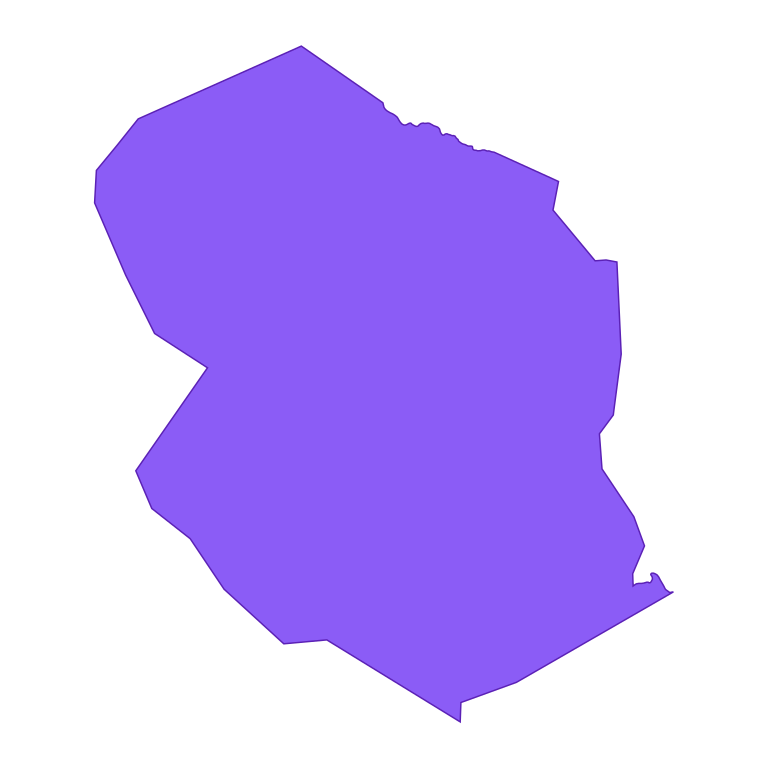 Jargalan, Govi-Altay, Mongolia
{"feature_id": "93677404B58079754200585", "entity_name": "Jargalan", "entity_type": "district", "adm_level": 2, "iso_a3": "MNG", "parent_name": "Mongolia", "parent_adm1": "Govi-Altay", "projection": "albers", "projection_center": [96.049, 47.069], "detail": "fine", "context": "isolated", "style": "filled", "palette": "violet", "viewbox_px": 768, "rotation_deg": 0, "n_neighbors": 0, "source": "geoboundaries", "source_scale": "gbopen_adm2", "svg_char_len": 3102}
<svg xmlns="http://www.w3.org/2000/svg" viewBox="0 0 768 768"><path d="M301.3,46.1L138.2,118.9L117.1,145.3L96.4,170.4L94.6,202.9L125.6,275.0L154.6,333.5L207.5,367.8L135.8,470.8L151.8,508.5L190.2,538.7L224.2,589.4L224.3,589.4L283.8,643.8L326.8,639.9L460.2,721.9L460.9,702.5L516.5,682.3L673.4,591.9L672.6,592.0L672.0,592.1L671.3,592.2L670.3,592.5L669.4,592.3L668.6,591.7L668.1,591.3L667.2,590.7L666.0,589.8L665.6,589.4L665.2,588.9L664.9,588.4L664.1,586.7L663.3,585.2L662.3,583.5L660.3,580.1L658.7,577.0L657.4,575.3L656.8,574.7L655.7,574.1L654.7,573.6L653.9,573.3L653.0,573.1L652.3,573.2L651.9,573.2L651.5,573.3L651.2,573.6L651.0,573.8L650.8,574.4L650.8,574.6L651.1,575.2L651.3,575.6L651.7,576.0L652.2,577.0L652.3,577.6L652.4,578.4L652.4,579.4L652.0,580.0L651.6,580.8L651.3,581.4L651.1,581.8L650.1,582.7L649.5,582.8L648.8,582.7L648.1,582.2L647.3,582.2L646.8,582.2L645.8,582.5L643.7,583.1L641.6,583.4L640.2,583.4L638.7,583.4L637.8,583.6L636.8,583.7L635.8,584.1L633.1,586.0L633.1,584.2L633.1,583.7L633.0,583.3L632.7,573.7L644.5,545.9L633.9,516.8L602.0,468.9L599.4,433.8L613.3,415.0L614.1,408.5L621.2,354.1L616.9,262.0L606.1,260.0L595.1,260.8L553.0,210.1L558.5,181.5L555.7,180.2L494.1,152.2L492.8,152.0L491.6,151.8L490.4,151.4L489.8,151.1L488.8,150.9L487.8,151.0L486.8,150.9L485.7,150.5L485.0,150.2L484.3,150.0L483.6,150.0L482.9,150.0L482.2,150.1L481.3,150.4L480.2,150.7L479.3,150.7L478.5,150.8L477.5,150.8L476.5,150.4L475.8,150.2L475.0,150.3L474.1,150.0L473.5,149.8L473.3,149.6L472.9,149.2L472.6,148.0L472.5,147.0L472.2,146.4L471.6,146.2L470.9,146.1L470.2,146.1L469.5,146.1L468.7,146.1L467.8,145.9L466.7,145.4L466.1,145.0L465.2,144.6L464.5,144.4L463.6,144.2L462.7,143.9L462.0,143.6L461.5,143.3L460.8,142.8L460.1,142.3L459.1,141.6L458.6,141.0L458.5,140.9L458.4,140.6L458.2,140.0L457.9,139.4L457.4,139.1L456.8,138.5L456.2,138.0L456.1,137.9L456.0,137.6L455.7,137.2L455.1,136.2L454.4,135.9L453.6,135.6L452.6,135.7L451.7,135.5L450.7,135.1L450.0,134.8L449.9,134.7L449.1,134.6L448.1,134.3L447.4,133.9L446.8,133.8L446.3,133.8L445.8,133.9L445.1,134.1L444.1,134.9L443.7,135.0L442.7,135.1L442.0,134.6L441.2,133.6L440.6,132.6L440.2,131.5L440.0,130.7L439.5,129.0L438.6,128.0L438.0,127.4L437.1,126.9L436.3,126.6L435.4,126.3L434.6,126.0L433.7,125.7L433.0,125.3L431.9,124.6L431.0,124.2L430.0,123.6L429.9,123.5L429.5,123.4L428.9,123.2L428.6,123.2L427.9,123.1L427.2,123.2L426.4,123.3L424.9,123.4L424.0,123.3L423.4,123.1L423.0,123.1L422.5,123.2L422.0,123.3L421.1,123.5L420.1,124.1L419.4,124.7L418.9,125.1L418.1,126.0L417.6,126.3L416.6,126.4L415.8,126.3L414.7,125.8L414.1,125.5L413.6,125.3L413.2,125.0L412.8,124.8L412.4,124.6L412.0,124.4L411.7,124.0L411.2,123.4L410.4,123.1L409.9,123.1L409.1,123.4L408.4,123.6L407.6,124.2L406.7,124.6L406.1,124.8L405.6,125.0L404.8,125.0L404.0,125.0L402.8,124.5L401.8,123.9L400.6,122.6L399.9,121.7L398.9,120.1L397.7,118.0L397.2,117.2L396.4,116.5L395.3,115.6L394.0,114.7L392.7,113.9L391.4,113.3L390.2,112.8L388.7,111.9L387.5,111.2L386.3,110.3L384.8,108.7L383.9,107.2L383.7,106.1L383.4,104.9L382.9,102.8L375.6,97.7L375.3,97.5L301.3,46.1Z" fill="#8b5cf6" stroke="#5b21b6" stroke-width="1.5"/></svg>